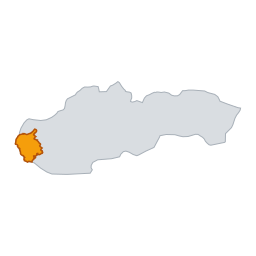 Bratislavský on a map of Slovakia (Natural Earth projection)
{"feature_id": "SVK-1051", "entity_name": "Bratislavský", "entity_type": "Region", "adm_level": 1, "iso_a3": "SVK", "parent_name": "Slovakia", "parent_adm1": "", "projection": "natural_earth1", "projection_center": [17.27, 48.331], "detail": "fine", "context": "in_parent", "style": "filled", "palette": "amber", "viewbox_px": 256, "rotation_deg": 0, "n_neighbors": 0, "source": "natural_earth", "source_scale": "10m", "svg_char_len": 4363}
<svg xmlns="http://www.w3.org/2000/svg" viewBox="0 0 256 256"><path d="M240.6,108.1L240.1,110.2L238.6,112.6L236.6,115.1L235.0,118.2L232.9,124.6L231.5,127.6L225.5,133.6L225.3,141.8L224.5,142.4L210.9,145.2L209.1,144.8L207.2,143.2L206.1,142.0L205.4,141.2L204.2,138.9L202.6,137.3L200.3,135.9L198.1,134.4L195.4,134.3L188.1,136.5L182.9,136.7L179.5,136.0L174.9,134.7L166.1,134.5L160.0,135.7L159.4,137.3L154.0,147.4L145.9,151.1L138.8,154.9L136.8,155.7L133.2,154.5L129.2,152.2L125.9,151.1L123.4,151.6L120.8,154.2L119.6,156.8L111.6,158.7L97.7,159.8L92.8,162.4L91.2,165.4L91.1,167.8L92.3,169.8L90.8,172.2L90.2,173.2L80.3,173.7L67.1,174.4L59.3,174.2L51.9,174.0L46.8,172.0L40.6,168.1L34.1,162.8L33.5,162.7L32.5,162.1L28.5,161.8L27.4,162.1L24.9,160.4L24.2,158.1L20.4,152.3L16.2,142.8L16.1,140.0L17.8,136.9L19.3,134.5L19.5,132.6L19.7,132.0L21.0,128.1L24.1,122.8L26.9,119.8L29.0,118.8L33.3,119.7L40.7,120.5L46.3,119.8L51.6,117.4L54.5,115.4L56.9,113.2L57.7,111.8L58.8,111.2L63.1,109.9L64.5,108.5L65.1,105.7L65.5,102.7L66.3,100.4L67.5,98.8L75.5,94.8L76.2,93.4L77.5,92.0L79.9,90.5L82.2,88.3L84.6,87.0L87.7,87.1L90.6,86.9L92.9,86.1L93.9,86.0L98.1,86.6L98.8,89.2L99.3,91.8L106.4,91.6L110.4,86.0L112.4,85.3L115.7,83.3L117.9,81.6L119.4,82.7L121.6,86.3L123.9,89.2L125.3,90.4L125.4,91.3L126.8,91.8L129.4,92.1L131.1,93.0L131.7,95.7L131.7,98.1L130.9,99.9L130.5,101.5L132.3,102.1L135.0,101.5L136.8,100.6L142.4,102.6L144.4,98.1L146.5,95.8L149.4,94.7L152.0,93.3L154.4,92.3L156.0,92.4L156.7,92.0L158.8,92.1L161.1,92.5L164.4,92.0L168.8,93.1L171.6,95.2L174.4,95.9L177.5,95.8L179.6,94.6L182.6,90.7L184.9,90.7L188.4,90.1L193.3,90.1L204.7,91.0L207.6,92.5L214.7,94.4L217.8,96.7L219.2,99.4L220.0,101.2L227.3,104.0L238.0,107.7L240.6,108.1Z" fill="#d9dde1" stroke="#a8b0b8" stroke-width="1"/><path d="M27.4,162.1L26.5,161.4L25.2,161.0L24.3,160.6L24.5,159.7L24.0,159.4L23.9,159.3L24.1,158.4L24.3,157.8L24.7,157.4L24.2,156.9L24.0,156.7L23.4,155.7L23.0,155.5L22.4,155.4L21.8,155.1L20.8,154.2L20.5,153.4L20.5,152.3L20.3,151.4L19.7,149.6L19.7,149.3L19.8,148.7L19.7,148.5L19.6,148.4L19.3,148.3L18.9,147.9L18.5,147.8L18.2,147.6L18.1,147.3L18.0,147.1L17.9,146.8L17.8,146.6L17.7,146.5L17.5,146.3L17.6,146.1L17.7,145.8L17.8,145.6L17.6,145.2L17.2,144.8L16.8,144.5L16.6,144.4L15.8,144.3L15.5,144.2L15.4,143.8L15.4,143.3L15.5,143.1L15.6,142.9L15.7,142.6L16.0,139.9L16.2,139.2L16.6,138.5L17.6,137.2L17.8,136.5L18.1,136.1L18.8,135.6L19.4,135.0L19.5,134.8L22.1,134.1L23.9,134.1L24.0,134.0L24.0,133.8L23.8,133.6L24.1,133.6L24.6,133.7L26.3,134.4L26.7,134.5L27.0,134.5L28.6,133.9L29.2,133.6L29.9,133.4L30.4,133.4L30.7,133.3L30.8,133.2L31.0,132.9L31.1,132.7L31.3,132.6L31.7,132.5L32.0,132.3L32.1,132.2L32.2,131.9L32.3,131.8L32.4,131.7L32.6,131.6L32.8,131.4L33.0,131.4L33.1,131.2L34.2,129.7L34.6,129.3L34.8,129.1L35.0,129.2L35.1,129.3L35.3,129.4L35.7,129.5L35.8,129.5L36.0,129.6L36.2,129.8L36.3,130.0L36.5,130.2L36.6,130.6L36.6,131.1L36.3,131.6L36.1,132.0L35.4,132.8L35.2,132.9L35.0,133.0L34.9,132.9L34.8,133.0L34.7,133.0L34.4,133.7L34.4,133.8L33.8,134.0L33.8,134.4L33.6,134.8L35.8,136.6L35.4,136.8L35.1,137.1L34.5,137.9L34.1,138.5L34.3,139.1L34.8,139.3L35.3,139.3L35.5,139.3L35.7,139.5L36.0,139.7L36.2,139.8L36.3,139.9L36.5,139.9L37.2,140.0L37.3,140.0L37.2,140.3L37.1,140.5L37.6,140.9L37.7,141.0L38.0,141.4L38.3,141.7L38.5,141.9L39.2,143.0L39.3,143.2L39.4,143.3L39.7,143.3L39.8,143.4L39.9,143.5L40.2,143.7L40.3,143.9L40.4,144.0L40.5,144.1L40.5,144.3L40.4,144.6L40.1,145.3L39.8,145.7L39.7,145.8L40.0,146.5L42.1,148.0L41.0,149.1L40.9,149.4L40.8,149.7L40.9,150.1L41.0,150.3L41.3,150.4L42.1,150.7L42.2,150.9L42.2,151.1L42.1,151.7L42.2,151.9L42.3,151.9L42.5,151.9L42.6,152.1L42.7,152.3L42.6,152.5L42.4,153.1L42.2,153.3L41.9,153.3L41.4,153.5L40.2,154.3L39.1,154.7L38.9,154.7L38.5,154.4L38.3,154.4L37.7,154.3L37.6,154.2L37.8,153.8L37.7,153.6L37.7,153.4L37.4,153.4L37.2,153.5L36.9,153.6L36.8,153.8L36.7,154.3L36.7,154.5L36.8,154.6L37.0,154.8L37.1,155.0L36.7,155.3L36.4,155.4L36.2,155.5L35.9,155.8L35.5,156.0L35.4,156.0L34.9,156.0L34.0,155.9L33.8,155.9L33.7,156.0L34.0,156.3L34.0,156.5L33.9,156.7L33.9,156.9L33.9,157.0L34.0,157.0L34.3,157.2L34.5,157.4L34.6,157.5L35.3,157.4L35.4,157.5L35.5,157.5L35.4,157.8L34.9,158.1L34.3,158.5L34.0,158.6L33.9,158.6L33.7,158.6L33.6,159.0L33.7,159.4L33.7,159.5L33.1,159.8L32.9,159.9L32.2,160.7L32.0,162.0L30.3,161.6L28.9,161.3L27.4,162.1Z" fill="#f59e0b" stroke="#b45309" stroke-width="1.5"/></svg>